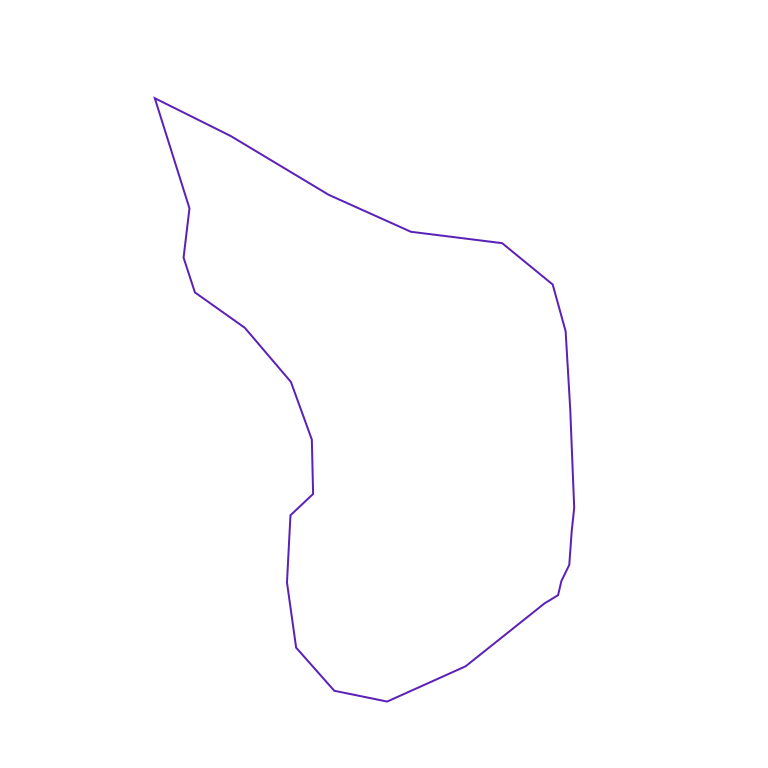 the Autonomous Province of Itasy, rotated 82°
{"feature_id": "MDG-5875", "entity_name": "Itasy", "entity_type": "Autonomous Province", "adm_level": 1, "iso_a3": "MDG", "parent_name": "Madagascar", "parent_adm1": "", "projection": "mercator", "projection_center": [46.916, -19.074], "detail": "fine", "context": "isolated", "style": "outline", "palette": "violet", "viewbox_px": 768, "rotation_deg": 82, "n_neighbors": 0, "source": "natural_earth", "source_scale": "10m", "svg_char_len": 500}
<svg xmlns="http://www.w3.org/2000/svg" viewBox="0 0 768 768"><g transform="rotate(82 384 384)"><path d="M533.2,212.9L555.4,218.5L588.9,225.7L603.7,235.7L617.3,241.0L623.6,255.6L674.9,342.5L698.9,425.1L680.9,475.9L632.9,507.7L567.0,507.7L501.0,494.9L483.0,469.5L429.0,463.2L369.0,475.9L309.0,514.0L267.0,558.5L231.0,564.9L183.0,552.2L69.1,571.2L117.1,501.3L189.0,412.4L237.0,336.2L261.0,247.4L309.0,203.1L357.0,196.8L435.0,203.1L533.2,212.9Z" fill="none" stroke="#5b21b6" stroke-width="2"/></g></svg>